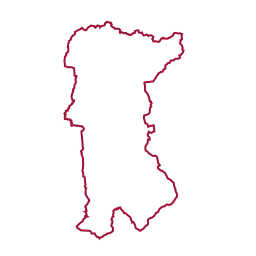 the district of Det Khi Na, Mandalay, Myanmar, rotated 85°
{"feature_id": "60261553B61671453611956", "entity_name": "Det Khi Na", "entity_type": "district", "adm_level": 2, "iso_a3": "MMR", "parent_name": "Myanmar", "parent_adm1": "Mandalay", "projection": "orthographic", "projection_center": [96.227, 19.679], "detail": "fine", "context": "isolated", "style": "outline", "palette": "rose", "viewbox_px": 256, "rotation_deg": 85, "n_neighbors": 0, "source": "geoboundaries", "source_scale": "gbopen_adm2", "svg_char_len": 5826}
<svg xmlns="http://www.w3.org/2000/svg" viewBox="0 0 256 256"><g transform="rotate(85 128 128)"><path d="M172.2,176.7L173.3,175.4L180.7,175.4L181.5,175.5L182.0,176.0L182.8,176.0L183.3,175.8L184.2,174.8L185.9,175.7L188.5,175.7L188.7,176.0L189.8,176.1L192.6,175.1L196.5,172.9L197.3,173.4L197.8,173.2L198.6,174.1L200.3,175.1L200.9,175.7L202.0,177.3L202.6,177.5L203.5,177.2L203.9,176.8L205.4,176.9L206.9,176.4L207.3,177.0L207.6,178.2L207.9,177.8L208.9,177.2L210.5,176.8L210.9,177.3L211.6,177.3L212.7,176.1L212.8,176.6L212.1,177.7L212.1,178.4L213.9,178.5L214.5,179.6L214.5,180.1L216.6,181.0L219.3,185.0L221.5,187.6L223.3,187.2L224.1,185.6L225.8,184.0L226.9,176.8L226.8,175.9L227.9,174.1L230.1,173.3L230.0,170.4L232.0,169.7L234.0,168.3L234.2,166.7L235.6,166.0L234.8,165.0L234.0,162.7L232.8,161.2L232.2,158.8L231.3,158.1L231.1,154.9L229.4,152.1L226.5,151.7L225.9,151.9L224.1,153.2L221.8,152.4L221.1,151.8L220.5,151.9L219.8,151.6L219.0,151.7L218.0,152.5L215.7,151.6L215.1,150.5L214.7,150.2L213.9,150.3L213.2,150.5L211.5,149.7L209.5,149.9L207.9,148.5L207.9,147.8L208.3,146.9L207.0,146.2L207.0,145.9L207.8,145.1L206.5,143.9L206.5,142.6L207.4,142.6L211.2,139.7L212.4,139.4L212.7,138.0L217.3,133.4L219.5,133.1L221.5,132.2L222.5,132.1L222.0,131.2L223.1,130.3L226.2,129.2L227.8,129.3L228.5,128.9L229.2,128.0L230.3,126.1L231.4,125.2L231.2,124.1L230.3,122.9L229.9,121.7L227.0,118.8L226.3,117.1L225.6,116.5L224.9,116.3L221.8,116.3L220.3,115.3L219.6,113.3L219.3,111.8L218.0,109.7L214.9,107.4L214.6,106.0L214.3,105.4L211.6,103.8L211.0,103.1L209.6,101.0L209.1,98.1L208.1,97.1L207.7,96.4L207.7,95.6L208.3,93.6L207.8,91.9L207.3,91.1L205.2,89.0L204.1,88.0L202.4,87.0L201.4,85.8L200.2,85.1L197.1,85.2L195.0,86.1L192.7,86.1L190.4,87.0L186.6,87.2L186.1,87.4L184.9,89.1L184.1,89.3L183.8,89.9L183.0,90.6L181.5,93.1L180.2,93.3L176.0,95.0L174.8,96.6L173.6,97.6L173.3,99.1L171.0,101.4L170.3,101.7L169.4,101.6L168.8,101.0L168.2,99.7L167.8,99.5L165.6,101.0L160.3,101.5L159.0,101.9L157.9,103.4L158.1,104.1L157.8,105.8L155.5,108.9L153.1,110.9L152.5,111.5L152.1,112.4L149.5,112.5L147.9,112.2L144.5,109.7L141.3,109.1L141.5,107.4L139.2,107.5L137.9,108.6L136.6,109.0L133.5,107.6L134.4,106.7L134.9,105.2L134.7,104.6L134.0,103.3L133.5,101.9L127.6,102.2L127.9,105.7L128.6,107.7L126.1,108.2L125.5,109.2L125.1,109.6L124.8,110.3L119.5,111.3L117.0,110.9L116.1,106.8L114.6,105.1L110.1,104.4L108.6,102.9L108.0,103.4L106.8,103.4L105.6,102.3L103.7,102.8L103.6,103.9L100.7,104.2L97.4,104.9L94.6,106.2L92.6,107.8L90.1,107.5L86.2,107.5L85.0,107.8L84.0,107.6L83.8,98.8L80.9,96.3L79.1,95.2L76.6,92.9L76.1,92.8L76.1,92.0L75.0,90.6L75.1,89.2L74.8,88.6L73.9,87.8L72.9,87.7L72.1,86.5L72.2,85.6L71.4,85.4L69.6,85.5L68.7,85.2L68.2,84.5L67.9,83.6L67.0,82.9L66.8,81.2L66.5,80.5L65.0,80.0L64.6,79.4L64.6,78.4L64.4,77.7L64.6,76.6L64.0,76.1L63.2,74.7L63.2,72.7L63.4,71.5L62.3,70.0L60.1,70.6L60.0,69.4L57.9,67.0L55.8,65.9L55.3,66.7L54.4,67.1L53.2,66.5L51.0,67.0L50.0,67.4L48.2,68.8L47.8,68.8L46.3,68.0L45.0,68.1L44.4,66.6L43.5,66.3L42.7,66.4L42.2,66.7L41.0,66.6L40.3,66.5L39.8,66.0L39.3,65.9L39.3,66.2L38.1,68.0L38.3,69.4L37.5,71.7L37.5,72.7L37.3,73.4L38.4,74.7L39.2,74.7L39.9,75.3L40.8,76.8L41.1,77.9L41.6,78.2L41.6,79.1L42.4,80.6L42.5,81.6L41.9,83.5L42.2,84.1L42.0,84.6L41.6,84.8L41.2,85.4L41.8,85.8L41.7,86.6L42.2,87.4L42.9,87.7L43.7,88.7L44.5,88.9L44.9,90.2L44.0,92.9L43.9,95.3L42.3,95.4L41.5,96.1L39.9,94.8L39.4,94.7L37.8,96.6L37.5,98.9L38.1,99.7L36.5,101.1L37.0,102.6L37.1,104.5L34.1,105.9L34.5,106.5L33.8,108.9L32.6,108.8L31.8,109.1L31.5,110.8L32.1,112.7L32.7,112.6L33.8,112.9L34.1,115.0L35.1,115.9L35.0,116.6L35.6,117.5L35.5,118.5L34.5,119.4L34.4,120.8L33.2,121.6L33.0,122.7L33.2,124.0L31.9,126.1L32.6,127.2L32.4,127.8L30.3,127.6L29.7,127.2L29.1,127.6L28.7,128.0L28.2,129.3L28.0,132.5L27.3,132.7L26.3,133.9L25.8,135.0L24.6,135.9L23.3,135.2L22.2,136.4L21.6,136.0L21.2,137.8L20.4,139.4L20.4,139.9L21.2,140.6L21.1,140.9L21.6,141.7L23.3,142.2L23.9,143.0L23.9,144.1L24.3,145.8L25.3,147.0L24.0,147.1L23.6,147.9L23.8,148.8L23.2,149.5L25.3,151.7L25.1,152.1L23.5,152.5L23.6,153.2L23.2,154.7L22.6,155.8L23.6,157.2L24.1,158.7L26.3,160.6L27.0,161.7L25.8,163.9L24.7,164.5L24.2,165.2L25.3,166.6L26.1,169.2L27.8,172.6L29.0,172.5L30.1,172.9L30.7,173.8L30.9,174.7L33.3,176.9L35.1,177.3L36.0,179.0L38.0,179.8L40.4,180.6L41.4,180.5L42.3,181.0L43.1,180.5L46.6,180.8L47.4,181.5L47.8,182.4L48.5,183.2L49.3,183.3L49.8,183.1L50.4,183.3L51.3,184.5L55.8,185.5L59.3,185.3L60.2,185.5L61.0,185.3L61.2,184.5L62.2,182.9L62.5,178.8L63.4,177.4L63.5,176.8L64.1,176.5L71.3,176.6L71.6,174.9L72.3,174.9L73.1,175.1L73.5,175.6L75.2,176.2L76.4,175.9L78.5,176.1L80.1,177.3L84.1,178.3L84.6,179.3L84.9,179.5L86.6,179.4L87.1,179.8L87.6,179.7L89.0,180.7L92.7,181.6L94.0,181.0L95.2,181.1L96.2,180.2L96.0,179.3L96.5,179.4L98.1,180.7L98.2,181.3L99.1,181.6L99.0,181.9L99.8,182.4L101.1,184.6L102.4,184.7L102.9,185.5L103.5,185.3L103.8,185.9L105.4,186.5L105.1,187.4L105.6,188.5L106.4,188.3L107.2,188.9L107.7,189.9L108.1,190.1L108.8,189.8L109.1,189.2L109.4,189.5L109.9,189.4L110.2,189.6L110.6,189.3L111.1,189.4L111.6,190.1L113.4,190.1L113.3,189.7L113.7,188.7L113.5,187.8L114.1,187.6L114.3,187.4L114.4,186.8L114.3,185.5L115.0,185.2L115.0,184.6L115.3,184.1L116.2,184.2L116.4,183.8L117.2,184.5L117.6,184.3L117.9,183.5L118.3,183.4L118.3,184.2L119.7,184.1L120.4,184.3L120.9,184.1L120.5,181.8L120.8,180.3L121.5,179.0L121.2,178.0L121.9,176.2L122.3,173.7L123.0,173.2L123.3,172.7L124.7,172.1L125.7,172.2L127.0,173.8L127.1,174.5L127.9,174.8L131.5,174.7L132.6,174.5L133.4,174.8L137.0,174.6L142.6,174.7L144.8,174.5L145.9,175.2L146.7,176.5L147.2,176.9L148.3,176.6L148.8,176.2L149.3,176.1L149.7,176.5L150.4,176.6L152.8,175.7L154.7,175.5L157.7,175.8L159.3,175.7L159.7,175.9L161.3,175.8L161.7,176.2L162.5,176.3L164.1,176.2L165.9,177.0L166.5,176.9L166.9,177.1L167.7,176.8L172.0,176.5L172.2,176.7Z" fill="none" stroke="#9f1239" stroke-width="2"/></g></svg>